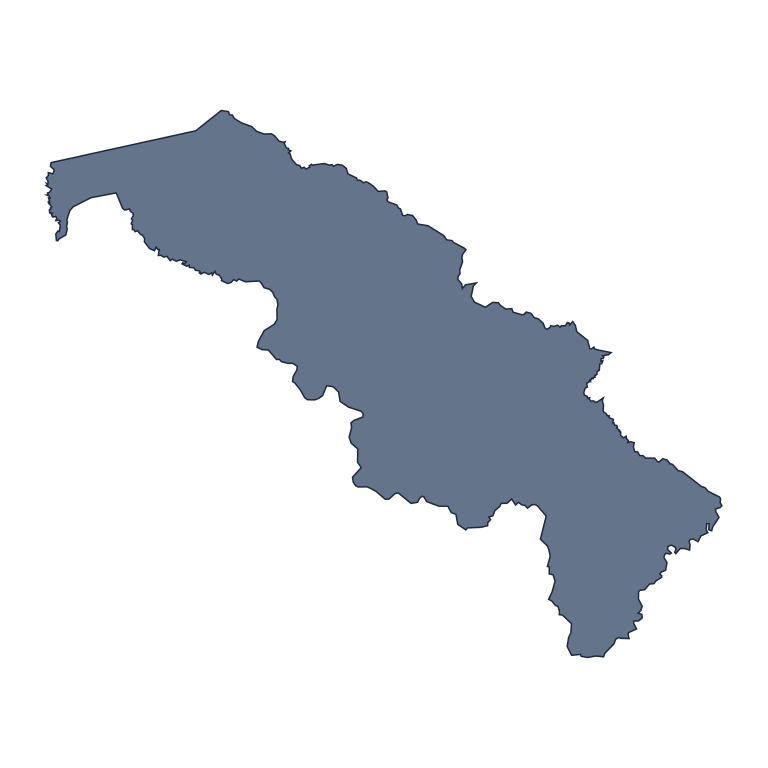 the district of Lavushimanda, Muchinga, Zambia
{"feature_id": "96606910B97886687400536", "entity_name": "Lavushimanda", "entity_type": "district", "adm_level": 2, "iso_a3": "ZMB", "parent_name": "Zambia", "parent_adm1": "Muchinga", "projection": "orthographic", "projection_center": [31.015, -12.593], "detail": "fine", "context": "isolated", "style": "filled", "palette": "slate", "viewbox_px": 768, "rotation_deg": 0, "n_neighbors": 0, "source": "geoboundaries", "source_scale": "gbopen_adm2", "svg_char_len": 6078}
<svg xmlns="http://www.w3.org/2000/svg" viewBox="0 0 768 768"><path d="M571.6,655.3L580.4,654.4L581.2,656.3L587.5,657.5L595.7,656.0L603.6,656.8L604.8,653.3L613.9,644.0L615.7,639.3L619.0,637.3L620.3,638.3L629.1,638.6L628.0,634.9L628.6,632.6L636.6,628.9L633.7,623.4L633.9,621.0L638.4,621.0L642.2,618.0L641.9,614.4L638.1,613.2L640.9,610.5L642.2,606.3L638.4,598.8L638.6,591.7L640.0,590.3L644.7,589.7L649.5,584.0L653.8,583.7L656.1,580.8L661.7,577.2L661.7,575.7L659.8,574.0L661.5,571.9L665.6,570.3L667.0,562.7L663.9,557.5L664.6,554.9L665.9,553.3L669.9,554.0L671.4,553.1L667.5,549.2L668.1,546.2L671.5,545.2L675.2,547.1L676.0,549.1L674.7,552.3L675.8,553.6L680.2,548.5L684.6,548.5L689.6,550.1L690.1,545.0L689.1,541.4L690.0,539.6L693.0,539.0L698.1,541.6L700.8,536.0L707.8,532.7L706.3,530.0L706.7,523.6L709.1,523.7L708.7,529.7L711.7,530.8L712.8,526.7L719.0,517.4L715.9,511.8L715.5,509.0L720.0,507.6L721.9,505.7L720.1,502.6L720.6,498.7L719.5,497.0L708.2,491.3L705.2,487.8L701.1,486.3L682.7,471.8L678.1,470.5L672.4,464.3L670.0,463.8L667.3,460.1L662.7,458.7L659.3,461.9L657.6,461.7L654.6,458.1L645.6,458.1L642.9,455.6L639.7,455.6L637.7,451.9L634.8,451.7L633.4,447.1L634.2,442.7L630.5,441.7L627.8,442.5L628.4,440.5L626.5,438.7L626.2,436.2L623.5,437.9L620.6,435.3L620.7,432.0L619.2,431.6L619.7,430.4L616.6,428.0L617.4,427.2L616.9,425.5L614.6,425.2L613.8,422.6L612.7,422.7L613.4,419.4L609.0,417.6L609.3,415.9L607.0,415.7L606.8,414.3L603.2,411.4L603.5,405.1L602.3,400.8L603.3,397.9L597.1,402.1L594.7,402.1L593.8,400.9L591.0,401.1L589.1,398.8L589.6,397.7L587.4,398.1L587.3,396.4L584.3,395.0L583.8,392.6L585.1,388.3L587.4,387.0L586.7,383.4L589.0,382.0L589.6,380.3L590.6,381.4L590.7,379.6L592.1,378.8L591.3,378.0L593.2,378.6L593.5,377.4L595.1,377.2L594.7,375.7L596.9,374.5L597.1,371.6L599.3,370.3L599.8,364.0L601.7,363.7L602.8,360.7L600.9,361.3L601.1,358.7L603.1,358.4L603.9,357.1L602.7,355.7L608.5,354.7L611.1,352.6L597.3,349.8L594.4,348.7L593.9,347.1L591.3,349.0L589.8,348.8L587.7,340.4L576.8,331.7L575.3,325.2L572.7,321.5L569.7,324.9L568.9,322.8L567.3,322.5L565.4,325.8L561.3,325.7L560.2,327.1L557.6,325.2L554.1,326.4L550.7,325.7L550.1,327.4L546.9,329.4L544.8,327.7L543.2,323.3L538.3,318.8L534.2,317.7L531.1,313.4L526.2,312.0L523.7,314.6L521.9,314.7L513.1,312.2L511.8,308.6L505.9,309.1L500.7,305.6L498.3,302.7L492.7,302.4L485.4,307.2L474.5,302.2L471.2,296.4L473.4,285.9L476.2,283.0L465.5,284.8L462.4,288.6L461.7,283.9L457.8,279.3L458.1,276.5L460.0,273.9L459.8,269.7L462.6,261.7L461.8,257.5L462.6,254.3L466.0,249.7L464.3,248.2L453.5,242.4L451.9,240.6L446.6,239.8L443.8,235.6L428.0,225.7L417.6,224.0L416.3,220.2L412.6,215.5L407.4,214.5L405.0,215.8L402.7,215.4L400.4,208.9L398.5,208.1L396.8,205.0L388.2,201.8L386.8,199.9L388.0,197.9L386.7,191.8L385.0,190.9L378.2,191.4L373.2,186.0L368.4,182.8L365.8,181.8L363.4,182.7L360.1,180.2L357.4,180.1L356.4,177.9L348.0,173.9L346.3,168.4L342.2,165.1L337.4,164.4L333.5,166.2L332.1,164.7L329.0,165.1L324.6,163.5L312.5,165.1L311.5,164.3L309.3,165.8L309.9,167.0L306.1,169.0L304.0,167.2L301.5,168.4L299.7,165.5L296.5,164.7L291.6,159.0L290.0,153.7L288.5,153.1L290.9,150.8L288.3,150.0L288.6,148.4L286.3,147.9L284.3,143.4L285.1,141.8L283.3,142.3L279.0,141.1L274.8,136.0L271.5,133.8L264.3,134.0L256.8,131.5L251.7,126.6L241.2,122.7L234.3,118.5L232.4,115.1L229.6,114.7L228.4,111.6L221.2,110.5L195.7,130.8L51.1,162.6L50.4,166.4L54.0,169.5L54.1,171.0L52.8,173.8L48.3,172.6L48.4,175.5L46.2,177.9L48.1,181.2L47.9,184.0L46.7,183.5L47.7,184.8L46.1,185.6L51.7,189.1L49.5,192.3L47.6,192.9L48.1,194.8L46.7,195.0L49.1,196.0L50.2,198.0L48.5,197.9L49.6,200.9L48.5,201.4L49.7,202.7L48.5,203.0L51.7,206.8L50.4,208.0L50.8,209.2L49.4,209.7L49.7,213.0L52.4,213.2L51.4,214.2L52.5,217.0L55.9,216.6L56.8,218.3L55.7,220.7L59.3,220.2L60.5,221.4L58.4,222.8L60.3,225.1L59.3,231.6L57.9,231.0L55.8,234.0L56.4,240.5L57.8,240.7L59.0,238.9L65.8,235.0L67.3,228.8L66.5,226.8L67.5,222.4L66.8,219.9L69.8,210.7L73.0,206.9L91.0,197.7L116.2,192.9L122.6,208.4L124.7,210.0L129.6,209.0L130.3,211.3L132.8,213.1L133.4,215.5L131.4,218.9L132.7,220.3L131.2,223.8L132.4,224.8L132.4,229.6L133.8,229.6L135.1,231.7L137.6,230.7L140.3,234.3L142.4,235.1L144.7,238.9L144.3,241.7L149.6,248.6L154.5,250.7L156.1,247.1L157.7,249.5L159.2,249.5L158.3,255.5L160.9,255.3L163.7,257.1L166.9,256.3L170.2,260.7L172.0,259.1L176.4,261.3L180.1,259.8L186.3,261.8L184.6,263.5L182.7,262.7L182.0,263.8L186.6,266.2L189.2,265.2L189.4,267.4L193.9,267.8L195.5,270.3L199.4,270.9L200.4,272.3L199.4,272.9L200.9,274.0L204.3,272.3L208.7,274.4L211.7,272.9L212.4,275.2L215.0,271.3L216.2,274.2L219.3,275.3L221.8,279.0L221.5,280.7L227.7,283.5L231.2,282.4L233.6,279.6L236.6,281.1L238.8,279.0L245.3,281.8L258.8,281.0L260.8,282.4L264.0,287.7L269.8,289.4L272.7,292.3L274.4,296.5L276.8,299.1L278.0,304.7L276.9,309.0L277.1,319.4L274.5,324.1L264.2,330.6L258.4,341.3L257.0,347.2L261.9,349.6L268.4,350.1L276.5,359.5L279.4,359.4L281.4,361.7L288.4,363.4L292.8,363.3L297.3,366.3L296.9,369.9L293.2,376.4L292.5,381.6L294.7,382.8L300.0,389.4L304.7,397.7L307.4,399.7L314.7,399.9L318.7,398.4L322.7,395.5L326.6,385.9L331.4,386.3L333.7,387.2L338.6,392.1L340.1,401.4L348.7,407.2L361.2,411.3L363.1,413.4L362.9,416.9L354.2,420.3L351.0,422.8L351.6,427.6L349.1,437.1L351.3,443.3L357.9,449.0L357.5,462.1L361.2,467.7L352.5,477.2L353.3,482.3L355.6,485.7L358.3,487.0L367.0,486.8L370.3,488.3L375.9,491.3L385.2,499.2L389.1,499.1L394.9,493.6L398.3,493.0L411.1,503.4L417.5,502.3L419.8,498.0L422.2,496.2L424.1,497.2L426.6,501.5L431.9,503.6L439.0,506.2L447.9,506.2L451.1,512.4L456.0,514.5L457.7,524.3L465.8,529.9L467.5,527.9L481.0,527.3L487.7,525.7L487.8,522.6L490.6,519.7L488.8,516.9L492.9,515.9L494.9,510.5L499.6,506.7L501.2,503.4L507.0,503.3L511.6,499.0L515.6,505.0L518.4,502.3L521.7,504.8L525.0,505.5L527.6,508.2L531.7,504.9L535.0,504.5L537.6,506.0L546.2,516.1L540.4,539.2L547.4,545.9L548.8,549.5L550.2,556.2L547.4,566.5L549.3,566.9L549.2,573.9L553.1,574.8L555.1,581.1L552.0,592.2L548.6,599.3L551.7,600.9L555.6,605.6L557.9,606.3L559.4,610.8L559.3,614.7L562.4,615.0L571.5,623.7L570.8,632.8L568.6,637.6L567.2,646.5L571.6,655.3Z" fill="#64748b" stroke="#1e293b" stroke-width="1.5"/></svg>